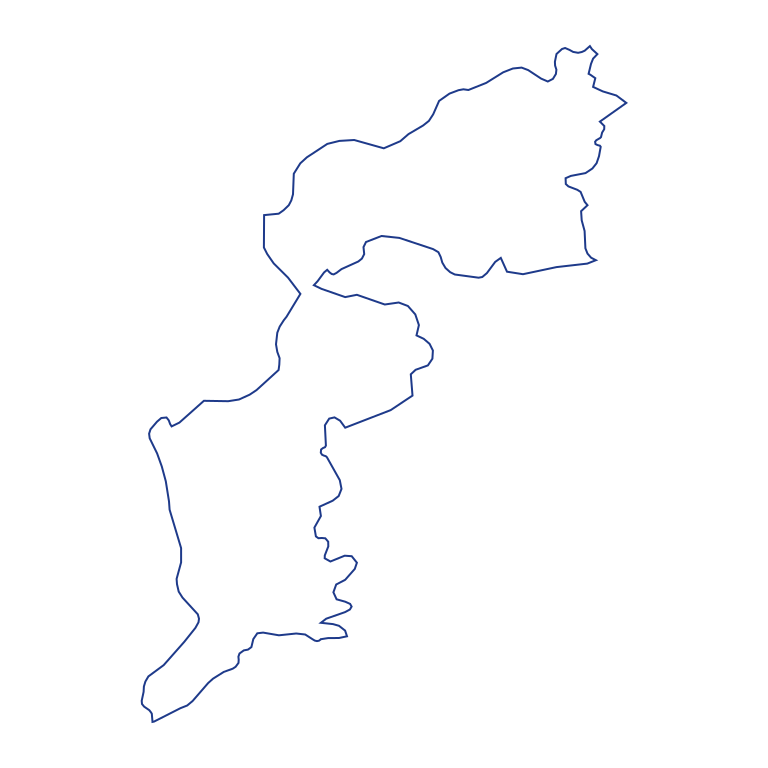 an SVG outline of Burgenland
{"feature_id": "AUT-2322", "entity_name": "Burgenland", "entity_type": "State", "adm_level": 1, "iso_a3": "AUT", "parent_name": "Austria", "parent_adm1": "", "projection": "robinson", "projection_center": [16.54, 47.475], "detail": "fine", "context": "isolated", "style": "outline", "palette": "blue", "viewbox_px": 768, "rotation_deg": 0, "n_neighbors": 0, "source": "natural_earth", "source_scale": "10m", "svg_char_len": 3452}
<svg xmlns="http://www.w3.org/2000/svg" viewBox="0 0 768 768"><path d="M626.3,102.9L599.9,121.6L604.3,126.0L604.2,129.2L602.1,132.6L601.0,137.1L600.1,138.0L596.2,140.3L595.1,141.8L595.5,144.1L597.6,145.1L599.9,145.7L600.7,146.8L599.0,156.2L596.6,163.2L592.4,168.5L585.5,173.1L570.9,175.9L565.6,178.2L565.8,184.0L568.4,186.4L577.3,189.8L580.6,191.9L584.7,201.8L587.5,205.2L581.1,211.2L581.7,220.3L584.6,231.0L585.4,248.3L587.5,253.6L591.1,257.7L595.9,260.2L587.3,263.6L556.5,267.1L523.0,274.2L507.0,271.7L500.8,257.9L495.2,261.9L486.9,273.1L482.3,277.0L478.6,277.7L454.8,274.5L450.2,272.2L445.5,268.0L444.5,266.3L442.3,262.6L440.7,257.0L438.4,252.2L433.1,249.1L399.3,237.9L381.5,236.0L366.0,242.0L363.5,247.1L364.2,254.1L361.9,258.6L358.3,261.5L341.5,269.1L336.5,272.9L333.7,274.4L331.7,274.0L329.6,272.4L327.2,269.8L324.1,272.4L317.6,281.2L313.9,285.2L321.6,288.9L345.2,297.1L356.9,294.8L377.3,301.9L384.8,304.5L398.7,302.5L407.9,306.0L415.3,314.4L418.9,325.1L416.5,335.4L423.7,338.8L429.6,343.9L432.9,350.5L432.4,358.7L427.9,365.4L415.6,369.8L410.8,374.3L412.5,395.6L406.6,399.5L390.7,410.1L345.2,427.7L340.1,420.7L334.5,417.4L329.2,418.6L324.9,425.3L325.9,445.6L325.0,447.2L322.9,448.1L321.1,449.5L320.8,452.7L322.0,454.7L323.9,455.6L325.8,456.2L326.9,457.2L339.8,480.2L341.5,488.9L338.7,496.0L332.7,500.7L319.5,506.7L319.5,506.8L320.9,516.0L314.4,527.6L315.9,536.4L318.4,538.2L321.8,538.0L325.3,538.3L328.2,541.7L328.3,546.4L324.8,555.4L324.7,558.3L330.4,561.5L344.7,555.7L351.7,556.2L356.9,562.7L354.8,568.9L345.2,579.8L336.2,584.5L333.4,592.3L336.6,599.3L345.2,601.7L350.1,603.9L351.6,606.6L349.9,609.5L345.1,612.1L326.2,618.7L320.9,622.8L333.0,624.1L339.0,625.8L345.1,630.6L347.0,636.3L339.0,638.0L327.9,638.1L320.9,639.2L320.9,639.3L319.0,640.7L317.0,641.1L314.8,640.6L312.5,639.2L305.2,634.5L296.2,633.5L278.9,635.3L263.1,632.6L257.3,633.3L253.3,639.1L251.4,647.1L248.0,649.6L243.8,650.4L239.5,653.5L238.4,656.7L238.7,659.7L238.5,662.9L235.6,666.8L232.7,668.7L223.8,671.9L213.0,678.7L208.1,683.1L192.6,701.0L187.2,705.5L180.4,708.2L162.9,717.1L154.0,721.6L152.5,721.9L152.5,721.7L152.3,719.5L151.8,713.7L151.0,712.4L149.3,710.2L144.1,706.6L142.0,704.0L141.7,700.8L143.6,691.9L143.9,686.5L145.4,681.5L148.4,676.4L163.7,665.1L184.3,641.8L195.4,627.9L198.5,622.3L199.0,618.7L197.8,614.3L182.5,597.6L178.7,591.6L177.0,584.2L176.6,578.9L181.1,562.4L181.1,548.1L169.6,509.7L169.0,501.4L165.8,481.3L161.8,466.5L157.1,453.4L149.7,438.3L149.1,433.7L150.5,429.3L157.0,421.7L161.3,418.0L166.5,417.5L168.8,420.4L170.1,424.0L171.6,426.4L179.4,422.6L203.9,400.8L228.2,401.2L239.0,399.5L249.6,394.7L256.5,390.1L278.6,370.0L279.3,364.6L279.6,358.2L277.3,351.9L276.0,344.3L277.3,332.7L279.7,326.6L283.8,320.2L286.5,316.8L300.4,293.9L288.0,277.6L273.7,263.4L267.2,254.0L263.9,247.5L264.1,215.1L278.7,213.7L283.6,210.2L288.8,205.2L291.3,200.4L293.0,194.3L293.8,173.7L300.3,163.3L306.9,157.3L327.3,143.9L339.4,140.9L354.2,140.0L383.8,148.3L400.3,141.2L408.5,134.1L423.1,125.5L428.9,120.9L433.2,114.3L439.1,100.9L449.5,93.6L458.5,90.2L463.4,89.3L468.4,90.0L486.2,82.9L503.2,72.3L512.9,68.5L521.6,67.6L528.2,70.1L541.1,78.6L547.8,81.5L552.9,78.9L555.9,74.0L556.4,69.7L555.1,65.6L554.9,61.8L556.5,54.0L562.0,49.0L565.1,48.0L569.5,49.9L573.1,51.9L578.1,52.8L581.8,52.0L584.7,50.7L589.9,46.1L591.9,49.1L597.4,54.1L593.1,58.6L591.0,63.9L588.6,73.8L590.3,74.7L595.3,78.2L593.1,86.9L602.8,91.4L616.4,95.5L626.3,102.9Z" fill="none" stroke="#1e3a8a" stroke-width="2"/></svg>